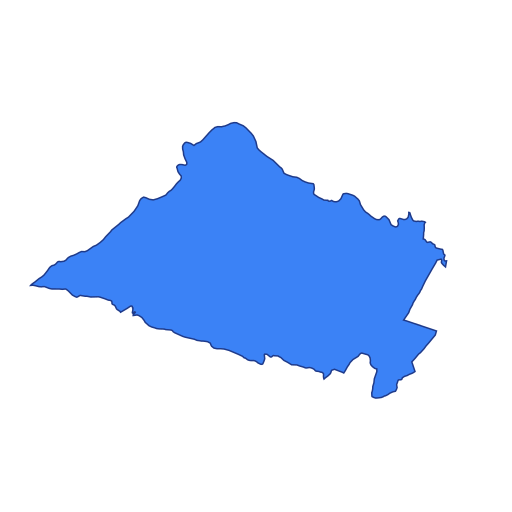 Granada, Cundinamarca, Colombia (Albers equal-area conic projection), rotated 23°
{"feature_id": "7082276B82763830232556", "entity_name": "Granada", "entity_type": "district", "adm_level": 2, "iso_a3": "COL", "parent_name": "Colombia", "parent_adm1": "Cundinamarca", "projection": "albers", "projection_center": [-74.329, 4.525], "detail": "fine", "context": "isolated", "style": "filled", "palette": "blue", "viewbox_px": 512, "rotation_deg": 23, "n_neighbors": 0, "source": "geoboundaries", "source_scale": "gbopen_adm2", "svg_char_len": 6129}
<svg xmlns="http://www.w3.org/2000/svg" viewBox="0 0 512 512"><g transform="rotate(23 256 256)"><path d="M176.6,148.5L175.2,149.4L173.8,150.5L170.2,151.9L167.9,153.8L167.1,155.5L166.3,156.8L164.7,160.8L161.7,169.8L160.4,172.6L159.5,173.6L157.1,175.9L155.7,178.5L151.8,177.9L148.9,178.2L147.2,178.6L146.2,179.8L145.6,182.0L145.6,183.8L146.7,186.2L148.4,188.4L149.9,191.2L152.7,194.2L155.1,196.3L155.8,197.0L156.4,198.5L156.0,199.4L155.3,200.2L152.3,200.7L150.2,201.5L149.6,201.9L149.2,202.3L148.5,203.4L148.2,204.7L148.5,205.6L149.2,206.1L149.8,207.0L151.3,208.9L153.5,210.4L155.9,211.6L156.8,213.5L156.6,216.0L155.7,217.7L154.6,220.6L153.8,223.8L152.9,226.8L152.2,228.6L150.9,230.4L150.0,232.4L149.3,234.9L148.9,235.5L146.4,238.2L142.9,241.8L139.5,244.5L135.6,245.5L132.0,245.4L129.6,245.7L128.6,246.9L127.7,248.5L127.3,250.6L127.6,255.9L126.3,262.6L123.4,270.1L121.7,272.5L118.4,278.1L117.4,280.4L113.1,288.4L112.6,290.5L110.1,297.0L109.1,300.6L107.2,304.6L104.8,308.5L102.5,310.8L98.7,317.0L96.8,318.9L93.6,320.1L91.8,322.0L90.1,324.2L87.9,326.6L85.6,328.5L83.9,330.7L83.2,332.3L82.9,333.6L81.4,335.8L78.4,337.6L77.0,337.9L76.2,338.4L75.7,339.0L74.8,341.6L73.8,343.2L72.0,344.6L70.9,346.4L70.4,347.9L69.8,351.0L68.3,356.4L66.9,359.1L65.2,361.5L62.4,366.8L61.9,367.5L60.4,370.1L60.1,371.1L62.0,370.1L64.7,369.5L68.2,369.0L70.6,368.2L71.5,367.6L73.3,366.8L78.5,366.6L81.0,366.1L87.9,363.2L90.8,362.3L93.5,360.8L94.4,360.8L97.0,361.5L102.2,363.7L105.0,364.0L106.9,364.0L107.6,363.5L109.4,361.1L109.9,360.8L110.7,360.7L114.4,359.8L116.1,359.1L119.9,358.3L126.9,355.1L128.6,354.8L133.7,354.4L137.3,354.3L139.2,353.8L140.7,353.9L141.5,354.9L142.0,356.0L142.6,356.5L144.8,356.6L146.0,357.1L148.2,359.1L149.1,359.5L152.5,360.1L153.3,360.7L157.9,354.5L160.0,351.3L160.6,350.8L161.7,350.7L162.7,352.0L163.0,351.9L163.1,352.0L163.9,354.5L164.2,356.2L164.5,356.7L164.7,356.8L165.3,356.5L165.7,355.9L165.8,355.2L166.2,354.8L166.9,354.9L166.9,355.3L166.4,356.1L166.0,357.6L165.9,358.2L166.2,358.8L169.6,356.7L171.7,356.6L175.0,357.2L178.2,359.0L180.0,360.4L184.8,362.0L187.8,362.1L190.9,361.7L193.0,361.6L195.7,360.8L198.8,359.6L200.3,359.1L201.7,359.0L205.8,357.6L207.2,357.3L208.3,357.4L209.2,358.0L211.0,358.4L220.0,358.6L222.4,358.4L231.8,356.7L234.7,356.7L237.2,356.0L239.1,355.6L240.4,355.0L243.3,354.2L245.0,353.8L248.0,354.1L249.4,355.6L250.4,356.4L253.2,357.2L256.3,356.6L259.6,355.2L263.0,354.1L268.1,353.4L278.2,353.4L282.8,353.6L285.0,354.4L286.1,354.1L288.4,354.7L289.4,354.8L291.5,354.5L294.9,353.1L296.3,352.9L298.3,353.2L299.3,353.6L302.5,353.8L303.8,353.4L304.4,352.6L304.4,349.7L304.2,347.2L302.5,344.2L302.2,343.5L302.3,343.0L303.4,342.5L304.6,342.2L308.6,343.3L309.4,343.1L309.9,342.5L310.4,341.5L310.9,340.8L312.0,340.6L315.3,339.4L316.9,339.7L318.4,339.7L322.5,341.2L326.6,341.5L331.3,342.2L336.2,340.3L339.1,340.2L343.0,339.7L345.1,339.7L346.3,339.3L348.7,337.8L350.5,337.4L352.2,337.4L353.9,337.6L355.4,338.4L356.2,338.5L359.1,337.7L360.6,337.7L362.1,337.3L363.2,337.5L364.2,338.1L365.3,340.8L366.1,342.1L366.7,342.7L367.5,340.9L369.1,338.2L370.4,335.2L370.4,333.6L370.2,332.3L370.4,331.5L372.5,329.6L380.8,329.3L382.5,329.4L383.0,326.6L383.4,322.4L384.0,319.6L384.2,317.4L385.7,313.4L389.2,308.5L389.7,306.5L390.3,304.9L391.3,304.0L395.7,303.5L396.9,303.3L397.9,303.3L399.3,303.9L400.9,305.3L402.2,307.6L402.9,309.8L404.3,311.3L406.3,312.3L409.0,313.0L410.1,313.0L411.3,312.7L412.4,315.2L412.9,322.8L414.1,326.7L414.5,330.4L415.3,332.6L415.8,334.7L416.0,336.7L417.5,339.8L417.9,340.1L419.8,340.2L421.7,340.0L424.2,338.7L426.7,337.2L428.3,335.6L428.9,334.6L429.7,334.2L431.5,332.1L432.8,330.0L435.0,327.6L437.2,326.0L437.4,324.1L437.3,322.0L435.9,319.8L435.6,319.0L435.6,317.3L435.4,315.6L435.5,314.5L436.4,313.9L437.8,313.3L438.4,312.4L438.3,310.9L438.9,310.0L439.7,308.8L441.9,306.9L443.3,305.1L445.4,303.1L446.3,302.0L447.5,300.2L440.8,292.6L442.5,287.8L444.0,282.7L445.1,280.8L446.9,275.7L447.7,272.2L448.9,268.7L451.9,258.7L451.4,254.5L419.5,257.0L416.9,257.3L418.7,248.5L418.5,244.8L419.1,239.6L418.9,238.4L419.2,235.6L419.6,233.7L419.7,231.1L419.9,230.3L420.0,229.3L420.7,226.7L420.9,225.5L420.9,223.5L421.3,221.8L421.3,219.0L421.6,212.8L423.2,199.0L424.1,192.3L424.3,189.0L427.0,187.0L427.5,186.6L427.9,186.6L428.6,187.4L428.9,188.7L429.3,189.7L430.5,190.4L432.2,191.2L434.7,192.0L433.3,186.0L432.2,186.6L431.6,186.7L430.9,186.3L430.1,185.2L429.8,184.2L429.8,182.9L429.6,181.4L427.9,180.8L425.7,177.6L424.9,177.1L423.5,177.5L418.9,178.2L418.3,178.1L417.5,177.7L416.2,175.9L415.0,175.7L413.7,175.7L412.2,175.0L410.8,174.9L408.5,176.5L407.8,176.5L405.2,174.9L404.1,174.8L403.3,175.0L401.9,170.7L401.2,169.1L400.9,167.1L400.0,164.6L398.6,161.6L398.4,159.5L398.7,158.8L397.7,158.6L394.9,159.2L394.1,159.8L392.8,160.4L391.9,160.5L390.9,161.0L390.1,161.6L388.1,162.0L387.4,162.1L386.5,161.8L385.7,161.2L383.8,159.6L381.7,157.3L381.1,156.5L380.5,156.0L379.6,156.2L380.3,157.6L380.9,160.8L380.3,162.8L379.3,163.9L377.9,164.7L373.8,165.2L373.3,165.5L372.9,166.2L372.7,168.3L373.8,169.6L374.7,171.1L374.7,171.8L374.7,173.1L374.2,174.0L373.0,174.8L370.4,174.8L368.1,174.4L364.2,170.6L360.5,169.1L359.2,168.9L358.4,169.2L357.9,169.6L357.1,170.7L356.3,173.0L355.7,174.1L354.2,174.9L352.5,175.4L350.5,175.3L346.1,174.4L343.9,173.6L342.1,173.1L339.7,172.7L337.1,171.5L332.1,167.9L329.6,164.9L327.4,163.7L326.0,163.3L323.7,162.5L322.5,162.3L320.8,162.3L316.2,162.7L314.6,163.1L312.3,164.5L311.9,165.1L311.8,170.1L310.8,172.7L310.3,173.4L308.9,174.6L308.1,175.0L306.5,175.5L305.1,175.5L304.0,175.3L303.6,175.5L303.5,175.8L302.9,176.5L301.6,177.1L301.1,177.1L300.3,176.6L299.8,176.9L296.7,178.0L294.6,177.7L290.8,177.6L285.4,176.6L284.5,175.8L283.9,174.4L283.7,172.5L283.5,171.5L282.8,170.1L281.4,167.7L280.4,167.1L275.9,168.3L272.3,168.6L269.0,168.5L265.7,167.7L262.8,167.6L258.9,168.7L253.5,169.1L251.4,169.1L249.3,168.8L246.2,165.8L244.8,165.1L243.0,164.7L234.4,161.3L227.2,160.1L219.9,158.1L217.0,157.1L214.9,156.0L211.2,150.7L206.7,146.6L203.6,144.9L201.4,144.0L196.7,142.0L193.3,141.1L188.7,141.1L186.1,140.9L183.7,141.8L180.9,143.8L179.3,145.8L176.6,148.5Z" fill="#3b82f6" stroke="#1e3a8a" stroke-width="1.5"/></g></svg>